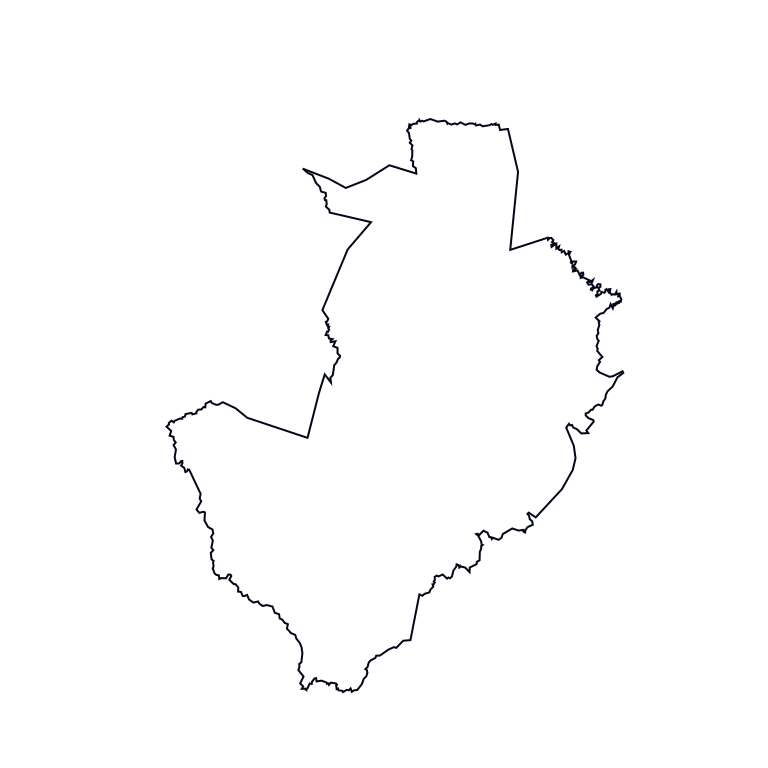 Guachochi, Chihuahua, Mexico (Mercator projection), rotated 50°
{"feature_id": "50627088B93853407634097", "entity_name": "Guachochi", "entity_type": "district", "adm_level": 2, "iso_a3": "MEX", "parent_name": "Mexico", "parent_adm1": "Chihuahua", "projection": "mercator", "projection_center": [-107.196, 27.145], "detail": "fine", "context": "isolated", "style": "outline", "palette": "ink", "viewbox_px": 768, "rotation_deg": 50, "n_neighbors": 0, "source": "geoboundaries", "source_scale": "gbopen_adm2", "svg_char_len": 6165}
<svg xmlns="http://www.w3.org/2000/svg" viewBox="0 0 768 768"><g transform="rotate(50 384 384)"><path d="M257.6,325.4L287.8,383.7L298.3,384.8L299.5,387.2L299.0,388.6L301.5,389.6L302.4,388.6L302.9,389.9L304.9,389.2L305.1,390.8L307.0,391.0L308.1,393.3L307.2,393.8L309.0,397.2L310.8,395.3L313.6,396.9L316.4,394.7L316.2,396.8L317.6,397.9L320.0,393.7L322.4,398.6L326.5,396.4L330.7,399.9L334.2,399.6L335.2,400.7L335.2,402.9L337.1,406.8L337.6,410.0L344.3,417.5L344.8,421.1L348.8,423.7L338.5,423.2L349.3,439.9L376.1,477.2L321.9,510.5L307.2,513.3L294.3,519.2L293.4,524.2L292.0,526.0L287.8,528.1L285.7,527.7L284.4,533.2L287.0,535.9L285.6,537.0L286.1,540.4L284.2,542.8L284.9,545.9L285.9,546.6L284.1,550.3L282.4,550.0L279.5,555.4L281.0,557.5L279.9,559.7L280.9,560.9L279.3,562.5L278.1,566.4L277.6,568.4L278.2,569.7L275.5,570.5L275.5,573.9L276.8,574.7L276.9,578.0L283.2,577.2L285.8,581.4L289.2,579.2L291.9,581.0L294.9,581.1L295.5,584.5L300.5,585.5L305.5,591.4L311.3,594.4L313.2,591.9L312.7,588.7L313.3,588.0L315.1,589.3L316.1,591.9L319.7,590.9L323.8,592.7L324.3,591.0L323.4,589.0L324.4,588.3L350.3,595.1L353.3,598.9L356.4,599.4L359.6,608.3L364.0,608.3L365.7,604.6L367.3,603.7L373.2,609.3L380.6,610.7L385.2,608.9L388.7,610.8L390.0,614.8L393.9,615.7L398.4,621.5L401.6,621.6L402.0,625.2L407.5,628.8L410.1,628.3L411.1,629.9L414.1,631.7L415.1,633.7L420.1,635.5L422.4,635.2L424.4,633.5L427.5,635.5L427.9,633.7L431.3,629.9L429.9,625.7L431.4,624.1L432.9,624.4L434.6,628.4L440.7,627.7L441.9,626.4L446.1,626.4L449.3,629.2L451.3,627.2L455.6,628.5L456.8,627.2L457.5,624.4L462.3,625.9L467.4,624.6L469.7,620.2L472.0,620.7L476.0,619.7L478.1,615.8L482.8,612.5L489.1,614.7L492.9,612.4L496.6,614.6L499.0,613.4L503.2,613.6L506.2,612.0L509.0,615.6L514.9,615.4L519.2,613.3L522.6,614.8L528.4,615.0L532.9,616.5L537.7,619.5L544.0,626.1L544.0,629.0L546.2,630.4L548.1,633.5L556.4,633.7L559.5,640.7L563.6,640.3L564.7,642.9L566.2,640.8L568.2,640.3L567.2,639.7L568.1,638.7L565.7,633.4L567.3,632.2L565.8,630.5L564.9,626.5L565.7,625.1L568.5,626.8L571.1,622.5L576.0,619.8L577.0,620.4L577.8,618.9L579.0,619.5L578.7,616.6L582.5,613.3L584.1,613.3L584.2,614.4L587.3,616.4L587.7,615.0L589.4,615.7L592.2,613.2L593.6,613.5L594.4,609.1L596.0,607.8L595.7,605.3L599.1,606.5L599.3,604.2L601.2,601.1L599.7,593.9L596.9,589.2L596.5,585.4L594.6,582.4L592.1,581.0L590.4,581.5L590.2,578.5L587.5,574.6L587.1,571.8L588.3,566.6L587.1,564.6L589.4,561.7L590.3,551.4L592.0,545.4L594.0,544.3L593.0,534.3L597.2,528.4L567.9,492.1L570.9,490.7L570.8,487.8L572.8,483.2L571.4,480.7L570.8,476.4L568.7,475.6L569.4,474.6L568.6,472.7L567.3,473.0L566.9,471.1L564.3,469.1L564.8,466.6L566.4,466.0L567.7,461.5L573.6,460.8L573.6,459.1L575.2,458.4L575.2,455.7L571.5,450.7L570.3,446.0L568.8,444.3L570.3,443.4L571.8,443.8L572.0,442.9L573.1,444.1L573.7,441.9L576.9,439.8L583.1,439.4L579.7,436.3L581.5,428.9L579.9,427.2L580.5,424.1L574.3,418.6L572.5,415.3L570.6,413.7L570.7,412.0L569.9,412.5L567.0,410.7L561.1,409.4L558.2,409.8L558.9,408.5L560.9,408.1L560.3,402.1L564.5,400.3L569.0,401.7L570.4,400.3L572.0,401.0L571.8,399.4L577.0,396.4L577.3,392.9L575.3,389.4L577.1,378.6L582.8,375.1L585.3,371.0L586.6,372.1L588.4,371.4L586.7,369.2L585.9,366.0L587.5,360.5L584.5,358.7L581.2,359.2L578.2,357.6L575.7,357.6L575.6,355.8L583.7,353.5L578.9,315.2L571.2,294.7L564.0,285.0L553.3,278.3L534.7,272.5L534.0,270.7L533.4,267.9L535.4,268.0L536.3,266.3L539.1,267.0L542.4,265.3L548.7,264.6L552.9,259.1L549.7,258.9L547.6,247.5L546.0,246.9L541.6,249.3L537.8,249.7L536.2,248.5L537.3,245.6L536.8,241.9L537.8,240.9L536.7,237.2L537.0,234.6L537.6,232.9L540.3,231.5L540.4,230.4L538.3,227.2L537.4,223.7L534.9,221.1L533.3,217.5L532.9,210.4L528.9,200.8L529.4,193.6L527.6,193.1L525.1,203.9L523.3,206.7L513.8,211.4L509.8,212.0L507.6,209.4L505.9,204.3L503.8,204.1L503.7,199.3L495.7,199.4L494.3,197.6L491.6,196.8L488.9,191.7L487.2,191.9L483.9,190.2L482.9,187.1L480.0,185.5L477.2,181.1L474.4,179.6L474.4,178.6L469.2,179.2L469.1,173.3L470.7,170.1L469.7,165.4L470.4,162.2L468.5,159.1L473.1,160.1L471.5,157.8L472.3,156.7L471.0,157.7L470.2,157.1L470.8,155.7L472.1,155.7L471.2,154.3L472.2,154.2L472.5,153.2L471.5,152.6L473.7,151.3L471.6,151.6L471.9,150.0L473.0,149.5L471.5,147.6L468.5,147.0L466.9,149.0L467.7,146.5L466.2,145.3L464.7,148.1L462.8,146.7L463.9,149.7L462.1,151.2L462.1,152.3L459.0,152.2L456.8,149.6L455.9,151.0L457.7,152.8L454.3,152.6L454.2,154.0L455.6,155.3L455.7,156.6L453.2,158.3L454.4,159.8L453.7,165.1L452.3,164.8L452.3,162.7L450.2,160.9L450.9,158.8L448.5,158.2L448.6,155.6L446.7,154.2L445.0,155.9L445.4,157.7L446.8,158.2L445.3,162.7L446.1,164.3L444.6,164.9L444.0,164.1L444.4,160.7L441.2,160.7L439.4,163.4L436.7,163.1L436.8,161.9L439.8,159.2L438.6,157.0L438.5,159.1L429.9,163.1L429.2,165.1L428.3,164.3L428.5,161.1L426.7,159.9L425.7,161.2L426.3,164.0L421.4,162.8L419.2,166.9L418.2,165.9L418.9,162.8L416.6,162.9L416.0,164.9L414.6,163.8L415.2,160.7L413.7,158.1L411.5,160.6L412.5,162.5L411.1,162.8L409.8,161.3L403.8,159.2L402.6,156.2L401.0,157.3L402.3,158.8L401.7,161.6L397.9,160.5L397.3,163.2L395.2,161.7L394.1,163.5L392.7,163.7L391.1,161.5L391.0,164.9L387.3,161.8L386.7,167.5L384.9,166.3L385.9,164.3L385.5,163.0L383.3,164.0L382.6,161.7L379.6,162.0L378.7,163.0L378.9,165.6L377.2,164.5L362.4,201.1L307.6,144.9L268.3,125.1L264.0,131.8L259.1,129.4L257.2,132.0L256.2,131.1L255.4,134.0L253.8,134.8L253.7,136.6L250.0,142.8L247.0,143.7L245.1,147.3L243.4,146.7L243.4,147.6L241.3,148.7L238.9,151.8L237.9,155.0L232.8,157.2L232.1,161.2L229.9,162.2L228.7,165.5L225.2,167.4L225.3,168.1L223.4,167.5L221.2,168.4L217.6,174.1L210.8,178.2L208.4,184.7L206.9,185.5L206.4,187.4L204.6,187.2L205.3,188.0L204.4,189.0L204.8,190.9L205.6,191.5L203.5,194.3L203.2,196.8L201.4,197.6L202.7,199.1L203.7,198.3L205.0,199.3L203.9,200.6L204.8,203.5L207.8,203.5L212.8,206.7L215.1,206.6L215.8,209.2L219.5,208.8L221.7,211.9L223.1,212.0L227.7,216.0L230.1,219.4L232.2,218.5L235.7,221.8L239.2,220.9L243.6,224.0L219.9,239.3L216.2,266.5L209.2,287.3L191.7,294.1L166.8,307.8L173.7,306.6L178.0,304.5L186.4,306.9L191.6,306.4L196.1,308.5L200.1,305.8L202.7,307.5L203.4,310.2L205.2,311.0L206.1,310.1L209.3,312.2L210.7,314.5L215.4,313.9L217.8,315.4L251.7,289.9L257.6,325.4Z" fill="none" stroke="#020617" stroke-width="2"/></g></svg>